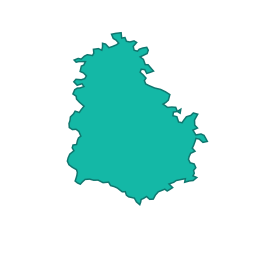 Rio Bom, Paraná, Brazil (Mercator projection), rotated 129°
{"feature_id": "56859067B45209441984237", "entity_name": "Rio Bom", "entity_type": "district", "adm_level": 2, "iso_a3": "BRA", "parent_name": "Brazil", "parent_adm1": "Paraná", "projection": "mercator", "projection_center": [-51.442, -23.797], "detail": "fine", "context": "isolated", "style": "filled", "palette": "teal", "viewbox_px": 256, "rotation_deg": 129, "n_neighbors": 0, "source": "geoboundaries", "source_scale": "gbopen_adm2", "svg_char_len": 2368}
<svg xmlns="http://www.w3.org/2000/svg" viewBox="0 0 256 256"><g transform="rotate(129 128 128)"><path d="M88.5,57.9L87.0,61.4L85.9,64.3L86.7,67.5L90.7,70.9L88.8,76.2L84.3,74.0L83.8,77.9L80.0,81.3L76.9,81.9L73.4,82.5L75.2,86.7L78.7,87.1L82.5,89.7L86.3,89.6L89.9,89.3L91.5,92.5L88.5,97.1L90.2,100.8L87.1,102.7L84.1,100.1L81.9,103.9L84.2,107.2L87.1,110.2L87.4,115.8L84.4,114.7L80.9,114.2L75.7,116.5L76.3,121.8L77.5,126.9L80.2,132.6L81.9,138.6L82.6,142.0L80.9,145.1L77.9,145.4L77.2,149.7L77.0,153.7L74.0,154.7L72.1,151.7L73.8,147.8L71.1,146.0L67.7,144.0L67.2,147.1L66.2,152.2L67.9,154.5L65.0,159.2L65.1,163.3L58.1,160.0L54.8,161.2L53.5,164.2L56.6,166.9L59.7,168.8L62.4,169.0L63.7,172.2L61.3,175.3L56.1,175.1L56.5,178.1L60.0,180.7L61.6,183.8L59.6,187.3L62.1,189.5L58.3,193.3L62.3,197.2L65.5,199.8L67.7,195.8L67.2,192.5L67.9,188.7L70.4,189.2L74.7,191.5L77.6,193.4L76.9,198.2L78.2,201.1L81.2,198.7L84.1,197.3L84.9,200.9L88.6,204.4L91.3,201.7L94.0,201.2L96.7,205.8L99.6,207.1L103.9,207.7L105.3,210.5L109.1,212.6L109.5,209.7L107.3,208.0L103.2,202.8L106.9,202.0L109.2,203.2L114.2,200.8L113.2,197.2L113.7,193.1L116.9,192.7L119.9,194.7L122.9,199.1L126.2,199.2L126.8,194.4L122.5,191.6L123.5,188.3L127.0,190.4L128.9,192.5L131.8,193.5L136.2,192.2L135.9,188.3L137.9,186.2L138.5,182.1L138.7,175.9L143.5,175.9L146.6,175.6L148.2,179.7L151.3,179.2L155.7,179.7L158.6,177.8L161.6,176.7L164.6,173.9L164.2,170.2L161.7,167.6L161.6,164.0L164.0,159.5L166.9,160.2L169.6,159.4L173.2,157.6L175.8,160.0L178.5,158.9L179.7,155.7L184.9,156.8L188.9,155.7L191.9,154.3L193.7,150.8L193.6,146.6L192.8,141.8L194.3,139.5L196.8,138.0L199.6,136.8L202.5,135.7L202.5,132.7L201.7,129.7L198.5,129.5L195.0,129.0L191.9,125.7L190.2,121.9L187.3,118.4L186.2,113.0L182.3,109.0L183.7,105.3L182.2,101.8L181.3,98.4L181.3,95.3L181.2,92.3L179.2,90.0L181.2,87.0L181.1,84.2L178.5,78.9L180.1,75.0L180.2,70.6L177.7,71.5L175.3,72.8L172.7,71.5L169.6,70.5L169.8,66.3L167.4,63.6L162.8,64.5L158.5,64.3L152.4,60.9L152.3,57.9L149.6,56.9L146.2,55.8L145.7,60.9L141.4,58.3L138.5,57.5L134.2,54.0L131.3,51.5L134.5,49.8L130.4,46.9L127.8,44.3L123.2,43.4L124.3,47.4L121.5,48.0L119.7,50.4L116.2,50.3L114.3,54.0L115.9,57.8L114.3,61.3L111.8,62.5L108.3,63.4L103.9,61.3L103.2,65.4L100.2,66.1L96.1,67.5L93.3,68.6L91.8,65.7L92.0,60.7L88.5,57.9ZM84.1,100.1L83.7,96.8L80.2,98.8L84.1,100.1Z" fill="#14b8a6" stroke="#0f766e" stroke-width="1.5"/></g></svg>